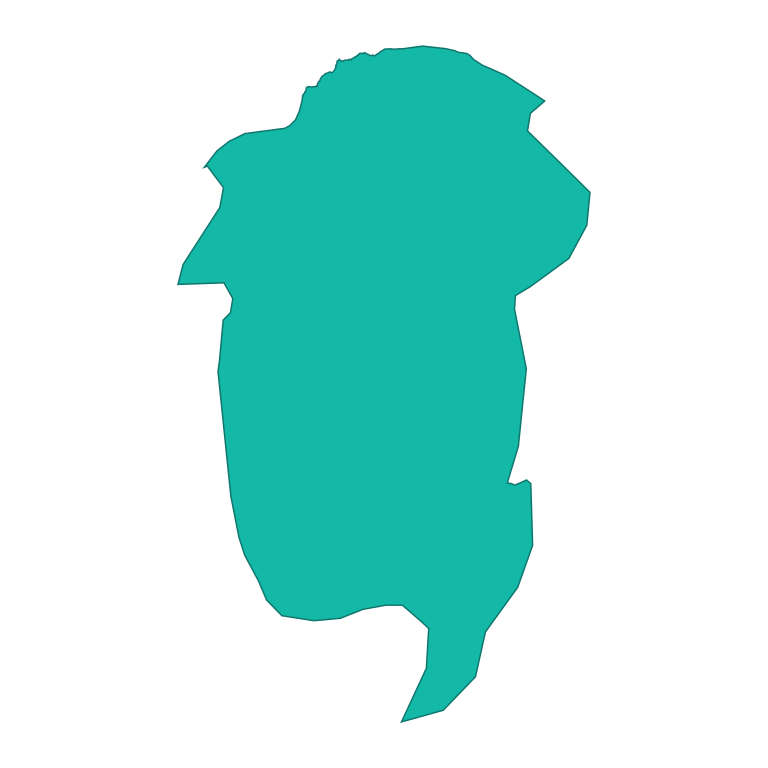 Krachi West, Volta, Ghana
{"feature_id": "2480657B78422611914106", "entity_name": "Krachi West", "entity_type": "district", "adm_level": 2, "iso_a3": "GHA", "parent_name": "Ghana", "parent_adm1": "Volta", "projection": "robinson", "projection_center": [-0.041, 7.895], "detail": "fine", "context": "isolated", "style": "filled", "palette": "teal", "viewbox_px": 768, "rotation_deg": 0, "n_neighbors": 0, "source": "geoboundaries", "source_scale": "gbopen_adm2", "svg_char_len": 2257}
<svg xmlns="http://www.w3.org/2000/svg" viewBox="0 0 768 768"><path d="M544.7,101.0L536.1,95.3L504.7,75.0L482.2,65.1L473.7,59.6L470.0,55.5L466.5,53.4L458.3,52.3L454.8,50.7L445.3,48.6L422.5,46.1L402.6,48.8L398.8,48.8L397.6,48.9L396.9,49.3L396.4,49.1L394.1,49.1L392.2,49.2L390.9,48.8L386.8,49.0L385.0,49.0L383.6,49.7L382.6,50.6L381.2,51.2L379.8,52.2L379.3,52.8L377.7,53.8L377.1,54.1L376.3,54.7L374.9,55.7L374.1,55.9L373.6,55.4L372.4,55.1L371.5,55.8L370.5,55.6L366.6,53.8L365.2,52.8L364.6,52.7L364.3,53.1L363.7,53.5L363.0,53.2L361.8,53.4L361.1,53.3L360.3,53.3L359.4,53.5L358.8,54.5L357.7,55.2L356.0,56.5L354.7,57.1L353.2,58.4L351.9,58.6L351.6,59.2L351.4,59.7L351.0,59.9L350.2,59.6L349.7,59.3L348.9,59.5L348.5,60.2L348.2,60.3L347.2,60.1L346.2,60.1L345.5,60.2L344.4,60.3L343.3,60.9L342.4,61.1L342.1,60.9L340.9,61.0L340.3,60.6L340.0,60.2L339.6,59.4L339.2,59.3L338.9,60.1L338.3,60.4L337.3,61.1L336.9,61.8L336.9,62.2L337.2,63.1L336.8,63.8L336.4,64.1L336.3,64.7L335.8,65.5L335.9,66.2L336.0,67.0L334.4,70.3L332.9,72.2L332.0,72.8L331.2,72.3L330.2,72.0L329.6,72.0L327.0,73.3L326.3,73.3L324.5,74.4L323.3,75.5L321.8,76.6L321.2,77.8L320.5,78.6L319.8,81.0L318.8,81.5L318.3,82.5L317.6,83.7L317.4,84.7L317.2,86.2L316.6,86.6L316.1,86.2L315.1,86.4L314.7,86.5L313.4,87.0L312.3,86.8L311.1,87.1L309.5,86.7L308.7,86.6L307.9,87.0L307.3,87.0L306.5,87.5L305.9,91.0L305.0,91.6L304.5,93.3L303.4,94.3L302.6,95.7L302.3,99.6L301.7,102.2L299.6,110.3L299.3,111.3L295.9,119.0L295.6,119.7L293.0,122.4L289.6,125.7L284.9,128.3L244.9,133.6L229.2,141.3L217.0,150.9L204.4,167.2L207.4,166.1L216.1,177.8L223.5,187.6L219.8,207.5L183.1,264.5L178.0,284.4L224.0,282.8L232.8,298.6L230.5,312.6L223.2,320.1L219.5,360.6L218.0,371.4L230.9,496.4L238.9,537.0L244.7,555.2L258.5,580.9L266.5,599.9L281.9,615.7L314.0,620.7L340.3,618.3L363.0,609.3L385.6,605.2L402.4,605.2L420.7,621.0L428.7,628.5L426.4,668.2L401.5,721.9L443.3,710.2L451.1,702.1L475.5,676.7L482.2,646.4L485.4,632.0L517.7,587.3L532.6,545.4L530.8,483.7L526.6,480.0L515.0,485.1L511.3,483.6L507.3,482.9L518.4,446.1L519.0,440.1L522.4,406.7L525.5,376.8L526.3,368.7L514.5,309.1L515.4,295.6L530.5,286.5L568.9,258.4L586.8,225.2L587.7,216.0L590.0,192.4L558.6,161.4L527.5,130.9L530.4,113.3L544.7,101.0Z" fill="#14b8a6" stroke="#0f766e" stroke-width="1.5"/></svg>